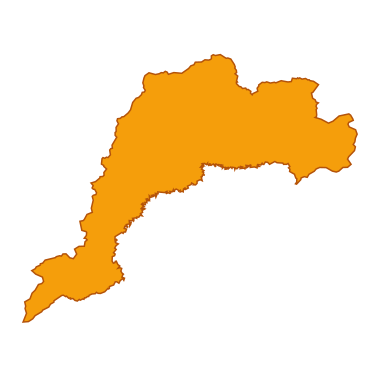 Moyobamba, San Martín, Peru, rotated 273°
{"feature_id": "86281439B55224927366475", "entity_name": "Moyobamba", "entity_type": "district", "adm_level": 2, "iso_a3": "PER", "parent_name": "Peru", "parent_adm1": "San Martín", "projection": "natural_earth1", "projection_center": [-77.231, -5.91], "detail": "fine", "context": "isolated", "style": "filled", "palette": "amber", "viewbox_px": 384, "rotation_deg": 273, "n_neighbors": 0, "source": "geoboundaries", "source_scale": "gbopen_adm2", "svg_char_len": 6028}
<svg xmlns="http://www.w3.org/2000/svg" viewBox="0 0 384 384"><g transform="rotate(273 192 192)"><path d="M289.4,139.3L288.9,137.1L286.5,136.4L283.6,133.7L282.7,131.3L278.3,128.1L270.8,126.3L267.6,124.1L263.7,120.0L263.3,118.0L261.8,116.6L261.3,113.8L259.2,113.3L256.2,115.0L252.6,112.8L248.4,113.1L247.4,112.1L244.5,112.3L242.8,114.0L234.6,109.7L231.5,110.2L231.1,108.7L229.6,107.6L224.9,108.6L222.0,106.4L222.3,104.7L221.1,103.2L221.7,101.3L220.6,100.4L215.1,100.1L213.9,102.4L212.9,102.6L210.5,105.5L206.9,103.0L204.0,103.3L202.8,102.0L202.5,99.4L201.0,99.1L197.3,95.1L195.7,90.7L193.2,93.0L190.8,92.0L189.6,93.3L189.5,94.7L186.3,96.7L184.4,96.2L183.6,93.7L182.4,92.6L178.7,93.8L170.5,92.3L166.5,93.5L164.1,88.3L158.8,85.8L157.7,84.7L156.9,81.6L147.9,84.0L146.9,88.2L146.1,88.9L143.1,88.8L140.2,86.8L139.9,88.6L138.7,89.8L136.8,87.8L132.2,87.3L131.8,82.0L128.8,77.7L124.0,80.1L119.2,77.0L119.9,73.4L123.6,69.5L123.4,66.4L121.2,65.0L121.4,63.1L120.3,59.8L119.3,59.0L116.3,48.9L113.1,46.6L112.4,44.3L110.9,44.1L109.1,40.4L107.2,39.5L105.1,36.1L101.8,40.2L99.2,47.1L94.9,48.5L92.7,46.8L91.6,43.5L85.7,40.5L82.6,37.6L76.8,35.8L73.5,30.7L69.3,31.9L66.9,31.4L62.2,33.1L53.3,30.1L54.0,35.4L57.0,39.6L60.3,41.8L64.5,48.1L66.3,49.2L69.6,55.0L72.6,56.5L74.7,59.8L76.2,59.9L81.9,67.4L82.2,68.9L80.9,71.4L81.4,72.2L79.5,74.4L79.8,76.2L78.7,76.2L79.4,78.7L77.6,80.8L77.1,83.2L78.8,85.0L78.1,86.0L79.5,88.6L79.2,89.7L80.7,90.2L80.7,91.4L82.1,93.0L82.2,94.3L83.4,94.7L84.9,97.4L85.4,100.8L86.8,101.8L85.9,103.5L85.9,105.9L87.8,110.1L91.3,113.1L90.8,113.7L91.3,114.5L93.3,114.5L95.0,118.6L98.3,120.1L98.4,121.5L97.1,123.8L99.5,124.8L101.4,126.7L101.6,127.5L100.3,128.5L102.4,129.1L103.3,126.5L106.0,127.3L106.7,128.4L106.3,127.2L109.2,125.1L112.0,125.8L112.6,123.9L112.0,122.1L114.3,123.8L115.7,121.7L119.0,120.0L118.7,119.0L117.4,118.7L116.8,117.2L118.8,115.8L123.3,115.8L124.3,118.0L126.0,118.5L127.2,116.8L130.7,119.3L131.9,117.7L134.5,119.0L136.3,121.1L137.3,118.5L138.2,117.9L140.1,119.6L140.8,118.9L140.2,117.6L143.4,117.5L148.0,124.1L147.1,125.4L148.5,126.2L148.6,127.7L151.6,128.6L152.0,126.2L154.2,126.7L153.5,129.5L154.3,129.6L155.2,127.9L156.0,128.0L157.0,131.4L154.9,131.6L156.6,132.5L158.3,132.8L158.5,131.0L160.2,130.8L160.0,133.5L161.1,134.2L160.0,135.2L161.1,135.5L162.6,134.2L163.2,137.1L162.8,138.2L164.0,138.2L164.1,140.2L166.0,141.3L165.6,143.5L167.8,141.7L169.0,143.7L170.9,143.1L172.7,145.9L173.2,144.7L172.2,143.1L172.6,142.0L174.6,143.6L174.9,145.0L177.1,142.2L178.4,143.6L176.8,144.3L176.9,146.1L179.1,145.5L178.9,147.5L180.8,147.1L181.0,149.1L182.5,146.6L183.0,147.7L181.5,149.5L181.7,150.1L185.9,149.6L184.5,150.9L185.3,153.0L186.5,151.8L187.1,154.0L185.8,153.8L186.6,155.7L185.0,156.2L188.2,157.3L188.0,155.8L188.7,155.5L188.6,158.2L190.3,157.9L190.0,164.6L191.4,167.0L190.5,167.3L188.9,165.9L190.0,168.3L189.4,170.0L190.2,170.8L191.4,169.9L191.3,172.6L193.2,173.2L191.7,173.7L191.7,174.4L193.5,174.9L194.1,176.1L193.3,178.0L192.1,178.7L193.0,180.1L191.4,180.2L192.2,182.1L191.7,183.2L194.6,183.4L195.7,184.8L195.1,185.2L194.4,184.4L194.1,185.1L195.8,188.1L197.6,187.2L199.4,190.7L201.0,191.2L200.0,193.1L199.3,192.8L199.3,195.2L200.9,196.6L203.1,196.5L204.7,199.5L203.8,201.6L207.6,200.4L207.8,201.3L209.5,201.5L209.5,203.9L210.1,202.4L212.1,202.6L212.6,201.4L214.0,202.8L215.3,200.3L217.6,201.6L217.3,199.3L219.1,200.6L218.9,202.3L220.7,200.5L221.1,201.6L220.3,202.2L221.2,203.1L220.1,205.0L221.5,206.0L220.6,206.0L218.9,207.9L220.2,207.2L221.1,208.2L220.9,208.8L219.9,208.5L219.6,209.6L221.1,211.8L218.7,213.8L219.1,214.3L220.6,213.3L221.3,214.5L220.6,215.3L220.8,217.2L220.3,217.4L220.1,216.3L219.6,217.4L220.6,217.8L220.6,220.0L219.0,219.0L218.5,220.3L219.5,221.2L217.6,221.2L218.6,221.9L218.0,222.6L218.3,223.8L216.4,223.8L216.7,225.3L217.6,224.5L218.2,225.5L217.3,226.8L219.0,226.7L217.6,227.5L219.0,229.5L217.7,230.7L218.8,231.2L218.6,233.2L216.8,233.6L218.3,234.1L217.5,235.6L219.2,237.1L218.8,238.7L220.1,239.0L219.7,241.0L218.0,239.4L218.5,242.5L217.9,243.6L218.9,243.8L218.9,245.1L220.2,246.8L220.4,244.8L221.4,244.5L221.2,247.9L222.1,248.7L221.8,249.4L219.6,248.9L220.3,253.1L219.5,255.7L220.7,255.7L221.0,257.7L222.1,255.8L222.9,256.2L222.5,259.4L224.4,260.5L223.3,261.3L223.3,262.3L225.8,263.7L225.6,266.0L223.7,268.0L226.8,273.2L225.7,275.3L225.6,281.2L224.4,282.0L224.6,285.1L225.5,286.4L222.5,288.4L221.2,287.1L219.9,288.6L217.6,288.4L215.1,293.4L211.4,294.9L210.7,296.0L207.3,296.0L205.6,294.9L205.3,296.0L209.9,299.9L211.8,300.3L213.2,303.3L212.7,306.3L215.8,307.9L219.1,313.0L221.5,314.8L223.2,318.2L223.4,324.7L220.2,331.1L219.5,335.0L220.5,337.5L224.4,341.4L224.8,346.1L228.0,349.4L233.0,345.6L235.4,346.6L241.8,352.1L245.7,352.8L247.9,350.5L250.6,352.0L254.4,352.4L258.4,353.9L262.7,352.1L265.2,345.6L267.9,344.2L269.7,344.9L272.0,349.3L273.5,348.7L277.0,346.4L278.2,344.6L275.6,334.9L270.1,329.1L267.9,324.7L271.4,317.2L272.9,311.1L273.7,312.3L275.5,312.5L280.8,311.7L282.1,312.5L284.0,311.4L286.0,311.8L287.6,313.5L288.4,311.1L290.4,310.3L291.9,307.6L297.0,306.1L298.0,307.6L305.8,312.7L308.9,307.6L309.4,304.0L310.2,303.1L310.0,301.8L311.3,299.5L310.5,295.9L311.6,293.6L310.9,292.6L311.5,291.6L310.6,290.6L310.9,286.3L307.5,285.4L306.9,282.1L307.8,275.2L305.4,270.0L305.9,268.5L304.9,264.6L305.9,260.9L305.1,259.1L305.2,256.4L302.4,253.0L301.2,253.1L299.1,251.6L296.0,252.4L293.5,247.7L292.2,247.0L293.8,245.2L295.6,245.5L297.4,242.6L297.1,241.2L298.6,240.2L298.0,237.0L299.7,235.2L299.8,233.7L302.5,230.8L303.9,230.5L304.2,231.6L305.4,230.7L310.2,231.6L312.3,228.8L313.6,230.3L315.9,229.9L318.0,228.2L319.1,228.6L321.5,227.6L326.8,223.8L327.7,220.8L327.3,219.1L330.7,213.1L329.5,208.2L330.2,206.0L328.9,204.2L326.3,204.4L325.4,203.7L324.6,201.8L324.7,198.0L322.3,194.7L321.8,188.5L319.2,187.3L317.9,184.2L315.2,182.2L310.0,175.6L310.3,167.6L308.3,162.3L310.4,160.9L311.1,159.0L309.5,157.1L309.6,155.0L308.4,153.1L307.4,149.3L308.8,142.8L305.8,139.0L303.4,138.1L298.4,137.2L295.4,138.4L293.8,138.1L291.1,140.0L289.4,139.3Z" fill="#f59e0b" stroke="#b45309" stroke-width="1.5"/></g></svg>